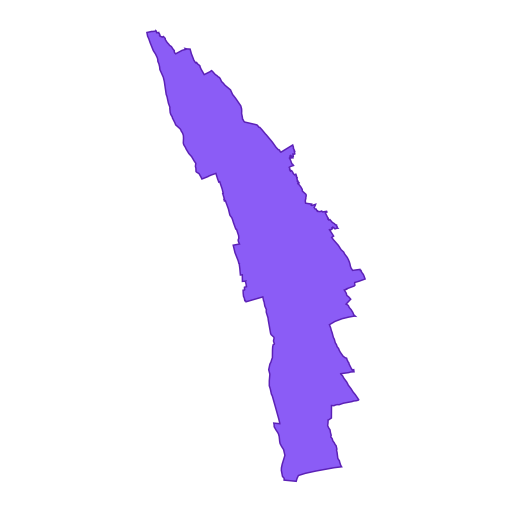 Huruiesti, Bacau, Romania (Albers equal-area conic projection)
{"feature_id": "2599482B81249023924976", "entity_name": "Huruiesti", "entity_type": "district", "adm_level": 2, "iso_a3": "ROU", "parent_name": "Romania", "parent_adm1": "Bacau", "projection": "albers", "projection_center": [27.233, 46.261], "detail": "fine", "context": "isolated", "style": "filled", "palette": "violet", "viewbox_px": 512, "rotation_deg": 0, "n_neighbors": 0, "source": "geoboundaries", "source_scale": "gbopen_adm2", "svg_char_len": 6057}
<svg xmlns="http://www.w3.org/2000/svg" viewBox="0 0 512 512"><path d="M341.6,466.8L340.7,465.3L339.7,462.2L339.4,460.8L338.3,459.2L337.8,458.3L337.1,452.7L336.5,449.9L336.9,449.2L336.1,445.7L335.1,444.5L334.2,442.7L332.9,441.0L332.1,438.5L330.9,437.1L330.9,436.2L331.2,435.3L330.5,432.8L330.0,429.8L328.9,428.3L327.7,425.8L327.7,425.1L328.0,422.8L328.1,420.0L328.6,419.9L331.4,418.0L331.5,405.5L333.9,405.7L335.7,404.9L337.3,404.6L339.1,404.7L343.4,403.2L352.0,401.6L353.7,401.0L356.4,400.7L358.2,400.2L358.6,399.9L358.7,399.7L355.3,394.7L353.0,391.9L351.2,389.0L348.1,384.9L347.9,384.3L346.7,382.0L343.9,378.3L342.6,375.9L340.8,374.1L340.7,373.7L348.7,372.6L350.6,372.0L353.8,371.8L354.0,371.8L353.7,369.7L352.5,370.1L352.3,369.6L351.9,369.7L349.2,364.3L348.7,362.6L347.9,361.7L347.7,361.0L347.1,359.9L346.6,358.2L345.1,357.7L343.0,356.1L340.4,352.4L339.4,350.6L338.5,348.4L337.1,346.7L336.4,344.5L335.3,342.9L334.3,339.2L333.4,337.5L332.1,332.6L331.3,330.4L330.6,327.7L329.4,324.7L335.0,321.4L342.1,318.7L348.7,317.1L354.2,316.1L355.3,316.2L353.7,314.7L352.9,312.6L351.2,309.8L349.3,307.6L348.4,305.7L347.7,305.0L346.1,304.1L350.7,299.2L348.6,296.8L347.1,295.7L346.7,295.1L346.3,293.3L344.3,290.0L346.6,289.3L346.4,288.9L346.6,288.8L354.0,286.1L354.9,285.3L354.6,283.3L354.7,282.5L359.1,281.2L365.1,279.0L364.0,276.0L363.3,274.4L361.7,272.3L361.0,270.5L360.4,270.6L360.0,269.4L352.6,270.4L351.0,267.9L350.4,266.2L349.9,263.8L349.3,261.9L348.4,259.7L347.2,257.4L344.6,254.0L343.7,252.1L341.1,249.7L338.3,245.3L333.2,239.5L331.7,237.4L333.6,236.1L330.2,230.8L329.4,229.8L329.7,229.6L330.6,230.1L331.4,229.3L332.1,229.0L332.6,228.3L332.0,227.8L332.8,227.1L334.0,227.9L334.8,228.8L335.8,228.7L336.3,228.2L337.8,228.2L337.3,227.6L337.1,226.6L336.5,225.9L336.6,225.1L335.2,224.6L334.4,223.7L332.3,222.4L329.9,219.6L329.0,220.1L327.8,218.9L328.3,218.3L327.4,217.1L325.4,213.0L326.2,212.2L326.9,212.0L326.6,211.3L322.7,211.9L322.2,211.7L321.7,211.0L320.0,211.6L317.6,211.4L317.5,210.7L316.7,210.6L316.3,209.2L315.2,209.0L314.1,207.5L315.2,205.5L315.6,204.3L312.0,205.5L311.3,205.3L311.7,204.1L305.6,203.2L305.3,201.0L305.5,199.6L305.8,198.8L305.8,197.5L306.1,196.3L306.2,195.1L305.9,194.3L302.4,191.1L302.2,189.3L300.8,186.9L299.2,184.8L298.1,183.9L297.9,183.6L299.1,182.9L298.9,182.6L298.6,182.7L297.4,181.5L297.3,181.2L297.9,181.0L297.4,180.3L296.7,178.0L297.2,177.9L297.2,177.6L296.2,176.2L296.4,175.6L295.8,174.2L294.6,174.9L294.3,174.6L293.2,173.5L292.9,172.5L291.6,170.7L290.5,171.2L290.2,170.3L290.3,170.1L290.1,169.9L289.9,170.1L289.6,169.8L289.7,169.2L289.9,169.2L289.5,167.9L289.2,167.6L289.3,167.2L290.7,166.4L293.5,165.5L292.6,164.2L291.9,163.9L290.3,159.6L289.5,158.4L289.5,158.1L289.5,157.8L289.8,157.6L290.2,155.6L290.5,155.4L291.1,155.7L291.1,156.1L291.5,156.5L291.5,157.3L291.3,157.4L291.2,158.0L292.3,157.6L292.8,157.9L292.9,157.1L293.0,156.5L293.3,156.5L293.3,156.0L293.0,155.1L293.0,154.0L294.1,154.2L294.8,153.9L294.4,151.6L294.7,151.5L294.8,151.3L294.3,150.7L294.3,150.2L294.0,149.9L294.0,149.4L293.4,148.4L293.4,147.1L292.7,145.0L280.9,152.2L280.2,151.6L279.4,150.0L278.3,149.7L276.0,147.3L272.5,142.3L266.1,134.6L265.6,134.2L262.0,129.8L259.8,127.4L258.7,127.1L257.7,125.6L256.9,124.9L254.5,124.3L244.5,122.0L243.8,121.2L242.9,119.4L242.6,119.3L242.3,116.9L241.6,113.5L241.7,111.0L241.6,109.0L240.8,105.9L235.6,98.3L232.6,94.5L230.5,89.9L224.9,85.2L223.3,83.2L221.6,81.6L220.3,78.8L219.4,77.5L218.1,76.8L216.8,75.5L215.3,74.6L212.3,71.2L211.4,70.6L210.4,71.5L204.2,74.6L201.1,69.2L200.1,66.9L200.0,66.0L198.8,64.8L197.6,64.0L196.6,62.5L196.0,63.0L195.0,62.0L193.6,59.8L193.5,59.2L191.4,53.8L190.1,49.1L186.8,48.9L185.1,48.5L185.6,49.4L182.2,50.3L175.7,53.8L174.6,52.7L174.2,51.5L174.3,50.6L173.0,49.1L171.4,46.6L169.5,45.3L169.0,44.5L167.1,42.4L165.3,39.6L165.2,38.4L163.4,36.5L162.2,37.2L161.9,36.8L160.1,36.3L159.7,35.5L160.0,35.4L159.8,34.7L159.5,34.3L159.4,33.7L158.6,33.2L158.7,32.5L156.6,32.7L156.3,31.2L155.8,30.7L155.7,31.1L152.4,31.5L151.9,31.4L146.9,32.5L147.6,36.2L148.8,38.8L150.1,42.6L153.3,50.6L155.5,54.0L157.3,57.8L157.7,59.3L157.9,61.5L158.9,63.8L159.6,66.8L159.9,69.6L163.3,77.2L164.3,81.4L166.2,94.4L167.0,96.6L168.4,103.1L169.9,107.3L169.8,108.4L170.2,112.6L170.8,114.5L172.3,117.0L172.4,117.9L174.8,122.6L175.7,124.9L180.1,128.8L180.8,129.9L181.2,131.0L182.4,132.8L183.1,134.6L183.4,135.7L183.5,138.3L183.3,142.9L183.5,143.9L183.8,144.8L185.5,147.6L186.1,149.0L188.8,153.5L191.6,156.6L194.3,161.2L195.8,163.3L195.4,166.4L195.9,168.2L196.0,171.4L196.4,172.0L199.1,173.7L201.2,177.5L201.9,179.0L208.0,176.6L208.3,176.3L211.3,175.0L215.9,173.4L217.6,178.9L218.8,182.1L219.7,181.7L222.2,189.1L222.6,190.9L223.1,192.7L223.2,193.2L222.7,193.4L224.4,199.1L223.9,199.3L224.4,201.0L225.4,200.7L228.4,208.9L229.8,214.8L230.1,215.5L231.7,217.6L232.5,219.5L233.5,222.8L235.5,228.3L235.9,229.2L236.5,229.3L238.6,235.6L238.8,238.2L238.2,239.7L238.2,240.8L238.6,242.1L239.5,244.0L233.2,245.2L235.0,252.7L238.2,260.8L238.9,263.5L239.4,263.7L239.3,264.6L239.8,268.3L240.4,275.0L242.3,274.8L242.4,281.4L245.7,281.1L245.4,281.6L246.2,284.4L246.1,285.1L246.4,285.8L246.5,286.7L244.5,287.2L244.4,287.9L244.7,289.7L244.5,290.0L243.1,290.2L243.2,293.5L243.5,296.3L244.3,298.1L244.8,300.7L245.4,300.6L246.0,301.8L262.8,296.9L263.6,300.8L263.9,301.3L264.1,302.0L264.8,306.0L266.4,309.7L266.2,310.8L266.3,312.4L268.0,317.8L268.3,320.3L270.6,333.4L271.1,334.6L273.8,337.1L274.1,337.9L273.5,340.8L273.6,341.5L274.4,343.7L274.3,344.1L273.2,344.7L272.7,346.7L272.5,349.9L272.4,357.9L271.8,359.2L271.0,361.9L269.9,364.1L268.7,369.7L269.8,374.0L269.8,374.9L269.3,380.8L269.3,385.8L270.3,388.9L271.4,394.1L272.3,395.9L275.4,406.9L278.7,418.7L279.8,423.2L279.8,423.7L273.8,423.1L274.1,424.6L274.2,426.8L275.9,429.8L277.7,432.5L278.5,434.0L279.2,436.6L279.7,441.6L280.1,443.6L281.5,446.3L283.6,449.6L284.9,455.4L282.2,464.2L281.4,468.0L281.4,469.1L281.3,470.2L282.5,476.4L284.0,478.1L284.2,478.7L284.1,480.1L296.2,481.3L297.0,478.5L298.4,475.5L305.4,473.3L315.5,471.1L334.1,467.7L341.6,466.8Z" fill="#8b5cf6" stroke="#5b21b6" stroke-width="1.5"/></svg>